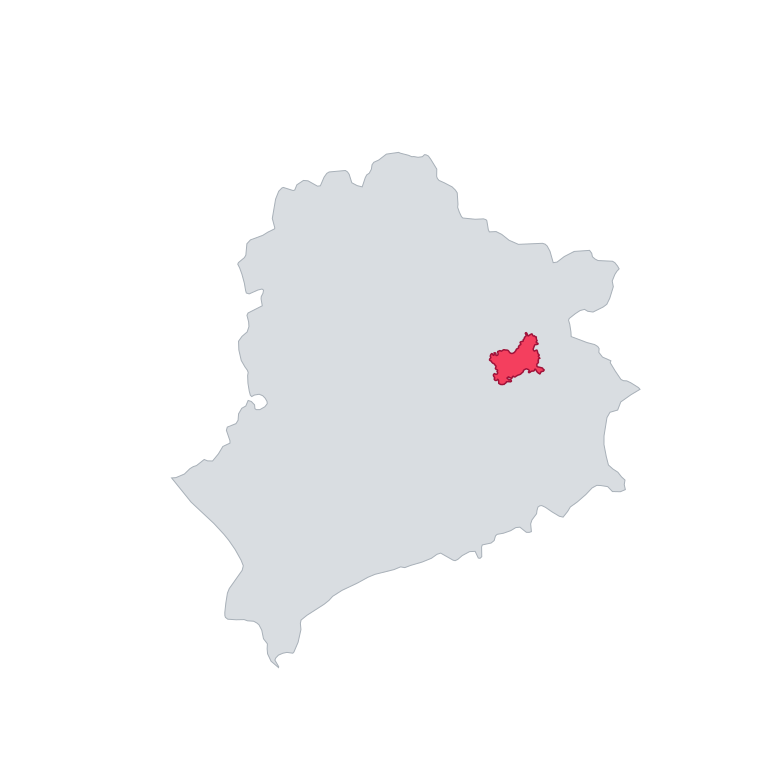 Rahachow, Gomel, Belarus shown in context, rotated 327°
{"feature_id": "67162791B93010244041694", "entity_name": "Rahachow", "entity_type": "district", "adm_level": 2, "iso_a3": "BLR", "parent_name": "Belarus", "parent_adm1": "Gomel", "projection": "albers", "projection_center": [30.185, 53.104], "detail": "fine", "context": "in_parent", "style": "filled", "palette": "rose", "viewbox_px": 768, "rotation_deg": 327, "n_neighbors": 0, "source": "geoboundaries", "source_scale": "gbopen_adm2", "svg_char_len": 8321}
<svg xmlns="http://www.w3.org/2000/svg" viewBox="0 0 768 768"><g transform="rotate(327 384 384)"><path d="M595.8,527.9L585.4,527.5L572.8,528.0L565.8,533.1L558.1,530.8L552.7,533.6L540.3,547.3L535.5,554.6L530.9,565.9L528.1,574.2L529.7,580.0L532.1,585.4L532.6,591.2L533.8,595.8L530.7,599.2L528.9,604.0L523.6,603.1L517.0,598.6L515.7,591.9L510.6,587.3L507.3,584.9L501.9,584.5L493.2,586.6L481.9,588.2L473.3,588.6L468.6,590.9L461.7,593.2L459.0,590.4L455.3,582.8L452.2,575.3L450.1,571.9L448.3,571.0L446.0,571.1L443.3,573.5L441.3,575.9L434.0,578.6L430.8,581.2L427.2,588.1L424.9,587.5L422.6,585.9L420.0,578.1L416.3,576.2L410.3,576.0L402.9,574.2L397.0,571.7L394.8,572.1L391.1,575.3L387.2,575.7L378.8,572.5L377.1,573.8L371.9,582.1L369.6,582.5L368.3,581.3L369.3,574.0L364.5,571.2L356.2,570.5L350.3,571.3L347.4,570.9L346.0,569.4L339.4,556.7L335.7,555.7L328.9,556.0L319.0,554.1L307.7,550.7L301.4,549.3L298.3,546.4L291.3,545.1L272.7,538.7L265.0,537.3L253.6,536.5L236.4,534.2L225.3,534.1L220.0,535.5L214.0,536.1L193.3,536.0L185.9,536.8L183.5,539.2L180.6,544.7L171.3,553.8L162.5,559.7L160.9,560.1L156.4,556.2L152.5,554.7L147.8,553.9L144.3,554.7L142.1,556.1L141.7,563.8L141.1,564.4L138.3,555.0L139.4,546.9L141.8,542.4L144.7,538.4L144.2,532.0L147.4,523.9L148.0,517.9L147.2,515.2L145.5,512.0L140.5,508.2L138.4,505.4L131.6,501.2L124.9,496.2L123.9,493.4L124.4,491.6L126.0,489.0L132.2,481.4L138.8,474.1L142.8,471.3L163.6,463.0L167.0,459.8L168.2,453.9L169.0,441.8L168.7,430.7L167.9,423.0L165.4,408.4L157.9,378.1L154.7,347.1L158.5,349.2L167.6,350.8L175.1,349.3L179.0,349.4L182.3,350.3L192.1,349.4L194.2,352.4L198.3,355.2L207.1,352.4L214.9,348.6L222.6,349.7L223.9,347.7L226.6,337.0L229.1,334.8L238.3,336.6L241.9,334.9L245.8,329.8L251.5,326.9L256.1,327.2L261.1,323.8L263.2,326.4L264.1,331.0L262.3,334.4L262.9,335.9L266.0,337.9L271.7,338.2L275.4,336.9L276.4,334.9L276.6,331.2L275.9,327.7L273.7,324.6L269.3,322.7L266.2,322.5L265.8,320.6L267.1,316.6L270.3,309.3L274.2,302.7L276.4,300.3L276.9,298.0L276.7,293.9L277.1,286.5L280.8,276.4L285.3,268.9L290.9,266.7L297.6,265.8L302.0,262.3L304.3,258.2L306.5,251.7L308.7,250.4L324.5,252.1L327.3,245.6L328.7,243.8L331.9,242.0L334.1,239.7L333.4,237.9L329.4,236.5L320.0,235.0L318.1,232.7L318.9,230.1L321.8,223.4L324.6,214.7L326.2,207.9L326.6,203.9L328.0,202.9L335.7,202.0L338.3,200.7L345.4,191.7L350.5,190.4L363.3,193.3L369.3,193.4L376.8,194.3L377.5,193.4L380.5,184.3L393.8,169.9L400.7,165.0L405.1,164.0L406.6,164.3L413.2,172.3L414.8,172.7L419.4,169.5L427.3,169.4L430.9,172.2L436.0,181.9L438.6,183.1L446.4,177.9L450.7,176.2L453.5,176.3L467.9,183.9L468.9,186.3L469.0,189.1L466.6,197.7L469.6,203.1L473.1,206.8L480.6,200.8L483.4,199.2L486.4,199.2L490.4,197.0L493.4,193.6L496.2,192.5L501.5,193.3L511.2,192.5L522.4,197.7L523.4,199.3L529.1,205.5L531.1,208.5L532.9,209.5L536.0,212.4L540.0,214.3L542.8,213.7L544.1,214.7L545.4,217.0L545.6,221.0L545.3,232.5L541.2,238.6L540.7,240.7L541.0,243.2L544.2,248.2L548.5,255.8L549.5,260.3L549.5,263.6L543.9,273.6L542.0,275.9L540.8,280.8L540.1,285.7L540.5,287.7L550.2,295.5L557.4,299.7L559.0,301.7L559.2,303.0L555.5,311.5L555.2,313.8L561.0,317.2L564.2,322.6L567.2,331.6L572.8,340.1L593.5,352.3L595.3,354.5L596.0,357.2L595.5,363.1L592.0,374.4L595.5,376.0L604.6,375.3L615.7,376.4L629.2,383.9L629.4,387.5L628.1,390.8L629.1,394.2L630.7,397.0L642.5,405.5L643.7,408.0L644.1,412.3L643.9,415.5L640.7,416.3L637.2,417.9L631.5,421.9L629.3,427.3L620.1,435.0L614.3,438.5L609.7,438.8L598.5,437.5L594.5,434.0L592.8,430.6L588.5,429.2L582.9,429.2L575.1,429.9L573.5,431.0L572.3,435.1L569.1,442.2L566.8,446.2L576.9,459.9L582.1,465.6L583.7,469.0L583.7,471.5L581.4,474.5L581.9,480.4L586.9,488.1L585.3,489.4L585.0,499.0L585.2,509.2L586.6,511.6L589.3,513.6L591.6,517.3L595.5,525.7L595.8,527.9Z" fill="#d9dde1" stroke="#a8b0b8" stroke-width="1"/><path d="M520.2,460.4L520.7,460.3L520.9,460.2L521.2,459.9L521.6,459.7L522.1,459.4L522.8,459.5L523.4,459.5L523.8,459.7L524.2,459.9L524.6,460.0L524.9,460.0L525.4,459.7L525.9,459.5L526.0,459.2L525.9,458.9L525.7,458.6L525.6,458.2L525.6,457.5L525.6,457.1L525.3,456.5L524.9,456.1L524.3,455.5L523.7,454.8L522.9,454.0L522.6,453.7L522.2,453.3L521.9,452.5L522.0,452.4L522.2,452.1L522.3,451.7L522.5,451.1L523.1,450.7L523.6,450.4L524.2,450.3L524.9,450.2L525.3,449.9L525.6,449.5L525.6,449.0L525.7,448.5L526.2,448.4L526.7,447.9L526.9,447.4L527.4,447.0L528.0,447.1L528.7,447.2L528.7,446.6L528.6,445.8L528.6,445.3L528.6,444.8L529.0,444.5L529.5,444.4L529.8,444.4L530.0,443.7L529.8,443.3L529.7,442.6L529.8,442.0L530.0,441.4L530.1,441.0L530.3,440.5L530.5,440.0L530.6,439.5L530.7,439.1L530.6,438.8L530.2,438.6L529.8,438.5L529.3,438.4L528.5,438.4L528.0,438.2L527.8,437.7L527.8,436.6L528.3,435.8L529.3,435.1L530.1,434.4L530.7,434.1L531.1,433.7L531.7,433.4L532.5,433.4L533.0,433.8L533.5,434.0L534.5,434.4L535.1,434.2L535.2,433.7L534.9,433.1L534.5,432.2L534.5,431.7L535.1,431.4L535.4,431.3L536.0,431.0L536.0,430.4L536.2,429.7L536.4,429.1L536.7,428.5L536.9,428.1L537.3,427.6L537.2,427.3L537.0,427.1L536.6,426.8L536.4,425.7L536.2,425.7L535.6,425.2L535.3,424.8L535.3,424.2L535.3,423.5L535.3,422.5L533.8,422.2L532.0,422.3L531.1,422.2L530.9,421.4L531.3,420.5L531.3,419.8L531.4,419.2L531.2,418.4L530.6,418.2L530.0,418.7L530.0,419.4L529.9,420.1L529.8,420.5L529.3,420.9L528.8,421.2L528.2,421.3L527.5,421.3L527.1,421.5L526.8,421.9L526.6,422.2L526.3,422.4L525.7,422.5L524.9,422.7L524.6,423.2L524.2,423.7L523.6,423.8L523.1,423.5L522.5,423.3L521.8,423.1L521.1,423.1L520.9,423.2L520.6,423.7L520.7,424.5L520.6,424.9L520.4,425.2L519.8,425.5L519.2,425.3L518.9,425.3L518.2,425.4L517.1,426.0L517.0,426.5L516.6,426.9L516.2,427.0L515.5,427.0L514.2,426.9L513.5,427.2L513.0,427.7L512.1,428.0L511.3,428.3L510.5,428.5L509.3,428.5L508.2,428.2L507.6,427.8L506.9,427.1L506.5,425.8L506.5,424.4L506.4,423.6L505.8,422.7L504.1,421.4L503.5,420.8L502.8,420.4L502.3,420.4L501.6,420.4L500.6,420.4L500.2,420.3L499.7,419.5L499.1,419.0L498.0,418.9L497.1,418.7L496.6,419.3L496.5,420.0L496.3,420.5L496.0,421.1L495.5,421.5L495.4,421.5L494.8,421.7L494.4,421.6L493.6,421.2L493.6,420.8L493.7,420.4L494.2,419.9L494.4,419.4L494.5,418.8L493.8,418.1L493.3,417.9L493.1,418.2L492.9,418.6L492.6,419.2L492.2,419.5L491.7,419.7L491.3,419.3L491.2,419.0L491.2,418.5L491.3,417.7L490.9,417.2L490.5,417.2L489.6,417.5L489.1,417.8L488.8,418.1L488.5,418.3L488.2,418.7L488.2,419.3L488.1,419.8L487.7,420.2L487.3,420.3L486.6,420.5L486.1,420.7L485.6,421.3L485.6,421.7L485.9,422.5L486.3,422.9L486.3,423.9L486.3,424.5L486.5,425.5L486.8,426.2L487.2,426.7L487.4,427.4L487.5,428.2L487.4,429.0L487.5,429.4L487.7,429.9L487.3,430.5L486.8,430.9L486.1,431.4L485.8,431.8L485.9,432.3L486.1,433.0L486.7,433.8L486.8,434.3L486.3,434.8L485.6,435.1L485.6,436.2L485.2,436.8L484.7,437.1L484.0,437.2L483.1,436.8L482.9,436.4L482.3,435.5L481.3,435.6L480.9,435.8L480.4,436.4L480.2,437.1L480.2,437.9L480.2,438.5L480.2,439.0L479.8,439.5L479.3,439.7L479.1,439.9L479.0,440.8L479.3,441.5L479.7,442.0L480.5,442.3L481.3,442.3L481.9,442.1L482.1,442.8L482.0,443.5L481.7,444.0L481.4,444.5L481.0,445.3L480.6,446.0L480.9,446.7L481.1,447.1L481.5,447.8L481.9,448.2L482.5,448.6L482.9,448.9L484.1,449.4L484.5,449.7L485.3,449.5L486.0,449.5L486.4,449.5L487.3,449.3L487.6,449.0L487.8,448.9L488.2,448.9L488.6,449.2L489.5,449.8L490.1,450.1L490.4,450.4L490.8,450.7L491.4,451.1L492.2,451.1L492.5,450.9L492.6,450.3L492.6,449.8L492.5,449.3L492.1,449.0L491.5,448.8L491.1,448.7L490.8,448.2L490.7,447.7L490.7,447.4L490.8,446.8L490.4,446.1L490.7,445.9L491.0,446.0L491.6,446.0L491.8,445.8L492.0,445.7L492.3,445.8L492.6,446.2L492.7,446.9L492.8,447.2L493.1,447.5L493.5,447.7L493.8,448.3L493.8,448.8L494.4,448.8L494.7,448.6L495.1,448.3L495.4,448.1L495.6,448.0L496.4,447.8L496.8,448.1L496.8,448.6L497.4,449.2L498.1,449.5L499.0,449.4L499.6,449.4L500.6,449.5L501.6,449.6L502.1,449.8L502.9,450.0L503.6,450.1L504.2,450.1L505.1,449.9L505.9,449.8L506.6,449.7L507.3,449.6L507.6,449.4L508.0,449.0L508.3,448.6L509.0,448.5L510.0,448.5L510.9,448.6L511.7,448.8L512.0,449.2L512.4,449.8L513.0,450.6L513.1,451.4L513.0,452.2L512.5,452.3L512.2,452.4L511.7,452.6L511.6,453.2L512.0,453.6L512.6,453.7L513.4,453.7L514.0,453.6L514.5,453.6L515.0,453.8L515.7,454.1L516.5,454.6L517.2,454.6L517.6,454.5L518.0,454.2L518.4,453.8L518.7,453.8L518.9,453.9L519.1,454.5L519.1,455.3L519.0,456.1L519.0,456.9L519.1,457.8L519.3,458.5L519.6,459.3L520.0,460.0L520.2,460.4L520.2,460.4Z" fill="#f43f5e" stroke="#9f1239" stroke-width="1.5"/></g></svg>